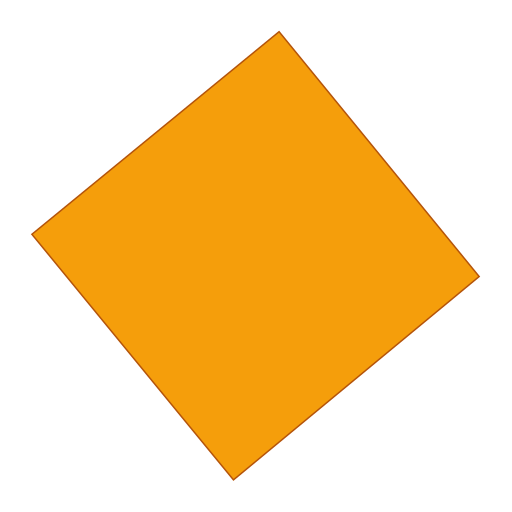 Dawson, Texas, United States of America (Robinson projection), rotated 231°
{"feature_id": "52423323B68149389571600", "entity_name": "Dawson", "entity_type": "district", "adm_level": 2, "iso_a3": "USA", "parent_name": "United States of America", "parent_adm1": "Texas", "projection": "robinson", "projection_center": [-101.991, 32.743], "detail": "fine", "context": "isolated", "style": "filled", "palette": "amber", "viewbox_px": 512, "rotation_deg": 231, "n_neighbors": 0, "source": "geoboundaries", "source_scale": "gbopen_adm2", "svg_char_len": 237}
<svg xmlns="http://www.w3.org/2000/svg" viewBox="0 0 512 512"><g transform="rotate(231 256 256)"><path d="M177.5,97.0L96.2,97.6L99.6,416.5L415.8,415.1L413.9,95.5L177.5,97.0Z" fill="#f59e0b" stroke="#b45309" stroke-width="1.5"/></g></svg>